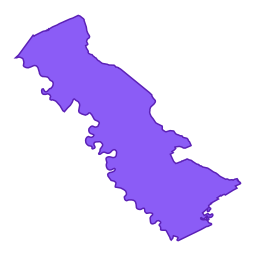 Varfu Campului, Botosani, Romania
{"feature_id": "2599482B97560889775117", "entity_name": "Varfu Campului", "entity_type": "district", "adm_level": 2, "iso_a3": "ROU", "parent_name": "Romania", "parent_adm1": "Botosani", "projection": "natural_earth1", "projection_center": [26.332, 47.846], "detail": "fine", "context": "isolated", "style": "filled", "palette": "violet", "viewbox_px": 256, "rotation_deg": 0, "n_neighbors": 0, "source": "geoboundaries", "source_scale": "gbopen_adm2", "svg_char_len": 5807}
<svg xmlns="http://www.w3.org/2000/svg" viewBox="0 0 256 256"><path d="M207.9,226.4L211.5,224.6L211.5,223.9L211.1,223.5L209.3,223.0L208.6,222.5L207.4,220.6L206.8,220.1L205.7,219.6L203.5,219.8L201.9,219.6L200.7,218.8L200.7,217.9L201.4,217.6L202.7,218.8L203.8,218.8L205.3,217.9L206.6,216.0L207.3,216.0L207.6,216.4L206.7,218.5L207.2,219.5L208.2,220.1L208.9,219.4L208.6,218.0L209.2,217.2L209.5,217.1L210.2,217.4L210.8,217.4L211.7,216.9L212.5,216.1L212.9,215.1L212.6,214.2L212.0,213.9L210.5,214.7L209.9,214.8L208.8,214.5L208.2,213.7L207.7,213.5L204.3,215.4L202.5,212.9L207.8,208.3L207.8,209.0L207.4,209.9L207.4,211.3L207.6,211.5L208.2,211.5L209.3,211.0L209.8,209.9L210.7,209.0L210.7,208.7L210.6,208.3L209.3,207.4L208.6,205.9L208.8,205.4L211.3,203.7L210.8,203.3L218.5,199.0L217.1,197.9L220.7,195.4L221.1,196.0L223.1,194.7L224.5,194.4L225.4,195.0L233.3,190.1L237.0,188.2L235.4,186.0L240.1,183.9L240.5,183.3L240.0,183.1L240.2,182.5L239.7,182.0L239.0,181.8L238.9,181.4L238.3,181.3L238.3,180.6L237.5,180.2L237.8,179.6L237.1,178.7L234.8,179.2L233.1,180.1L232.1,179.7L229.4,180.0L227.4,179.0L226.5,179.0L225.8,179.3L225.4,179.1L220.7,176.7L219.2,175.7L218.2,174.7L216.1,173.1L213.4,171.9L211.0,170.2L207.7,168.1L202.7,167.0L201.1,165.9L200.4,165.9L199.2,165.3L199.2,165.0L198.1,164.3L196.7,164.1L192.9,161.6L192.5,161.6L192.1,160.9L191.1,160.3L188.9,159.8L187.5,159.0L187.0,159.2L186.5,159.1L185.6,159.8L184.3,160.1L182.6,161.0L182.0,160.9L180.9,161.8L179.6,162.1L177.0,163.2L176.4,163.2L175.8,163.5L173.7,161.5L170.3,154.2L173.2,152.7L172.0,151.5L173.9,150.3L175.7,148.5L175.0,147.4L175.0,147.0L179.3,146.4L181.7,147.0L183.4,148.0L185.2,148.1L190.9,145.7L191.1,145.5L190.8,144.7L189.5,141.8L188.6,140.9L187.9,139.3L186.9,138.3L183.5,137.5L182.7,137.0L182.3,136.2L181.8,135.9L180.0,135.7L178.4,134.9L176.4,134.3L175.4,133.4L173.7,131.0L170.1,130.6L166.0,131.8L165.2,131.6L163.2,130.3L162.3,129.4L162.2,129.0L162.3,127.3L162.2,126.1L158.3,124.2L156.2,123.1L155.5,122.4L153.1,118.8L151.1,116.3L149.9,113.6L149.6,112.0L149.9,110.8L149.8,109.7L150.3,108.0L150.9,106.8L153.9,104.1L155.1,102.4L155.4,101.2L155.2,100.4L153.4,98.4L152.2,96.6L151.9,95.9L151.8,94.9L149.3,92.5L121.1,69.5L119.5,68.4L118.9,68.3L118.5,67.7L116.7,67.1L115.7,67.0L115.4,66.4L114.1,65.2L108.9,65.0L107.4,64.3L102.3,63.4L100.3,62.0L99.5,61.2L98.1,60.5L97.1,59.5L96.0,58.0L94.7,57.4L94.1,56.7L93.0,55.9L92.0,54.6L90.8,54.5L88.7,53.4L88.1,52.3L88.3,51.7L88.0,50.7L86.4,48.1L85.6,45.6L87.4,44.8L87.8,44.3L87.6,43.5L86.6,41.8L86.7,40.8L87.4,39.1L89.1,37.9L89.6,36.8L89.5,36.2L89.2,35.5L87.8,33.3L86.8,30.7L86.3,27.1L84.1,20.5L84.1,19.7L83.5,18.8L80.1,16.1L78.2,15.4L72.7,18.1L69.9,19.0L59.3,23.7L57.3,24.9L52.6,26.9L49.3,28.9L49.2,29.3L48.6,28.9L48.2,30.2L47.5,29.9L47.5,30.3L47.0,30.6L46.5,30.3L46.3,30.4L46.2,30.8L45.9,30.9L45.7,30.8L43.1,31.3L35.0,35.4L34.0,36.1L33.1,35.2L18.6,55.0L15.5,57.8L16.7,57.8L18.5,57.1L19.3,57.1L20.7,57.5L22.7,58.5L23.3,59.7L23.9,62.3L23.4,65.7L24.2,66.7L26.2,67.6L28.2,67.8L30.6,67.0L33.8,65.6L34.8,65.5L36.4,65.9L37.2,66.7L38.0,67.8L39.4,72.5L39.5,73.5L40.7,75.5L42.4,76.5L45.7,76.7L47.6,77.1L48.5,77.9L50.1,80.2L52.5,81.5L53.2,83.1L53.0,85.2L52.4,86.6L50.8,88.5L50.4,88.4L49.5,88.8L47.2,91.4L46.0,91.7L45.3,91.6L44.6,91.2L43.3,88.9L42.3,89.0L42.0,89.3L41.6,90.6L41.9,92.8L42.7,93.9L43.5,94.3L45.4,94.4L47.8,93.8L49.4,94.5L50.1,95.3L50.6,96.3L50.6,96.9L50.0,97.9L50.1,99.5L51.4,100.1L52.6,99.8L55.5,100.9L56.8,102.1L60.0,105.7L62.9,110.7L64.4,111.7L67.7,107.8L70.3,105.3L72.1,102.5L73.3,99.5L73.9,99.1L74.5,99.0L75.7,100.2L78.3,101.7L79.5,103.8L79.7,105.2L78.7,110.8L79.0,112.0L79.5,112.7L81.9,114.0L85.4,115.1L87.5,114.3L89.0,112.9L90.0,112.9L91.7,114.7L94.3,119.4L95.2,120.1L97.7,121.1L99.2,122.4L99.3,122.9L99.2,123.6L98.7,124.3L98.1,126.0L97.1,126.7L96.2,127.0L95.0,127.1L92.7,126.1L91.9,126.1L90.7,126.7L89.2,128.4L88.9,129.0L88.8,130.4L89.0,131.5L89.5,132.6L90.6,133.5L93.2,134.5L93.7,134.8L93.9,135.4L93.2,136.5L91.7,137.3L90.7,137.3L88.3,136.5L86.9,137.3L86.0,138.6L85.6,140.2L85.8,142.3L86.2,143.3L87.0,144.4L88.4,145.6L90.9,146.1L91.6,146.4L92.0,147.0L92.0,148.5L92.3,148.8L92.8,148.9L94.5,148.2L95.0,147.4L94.9,146.6L93.9,144.6L94.0,143.3L94.6,142.4L95.9,141.9L99.5,141.7L100.0,141.7L101.0,142.3L102.4,143.9L102.6,144.4L102.6,145.4L102.2,146.3L100.2,149.1L99.9,151.5L98.7,153.5L98.8,154.1L99.2,154.3L100.4,154.1L102.6,152.5L103.5,152.2L104.6,152.2L107.2,153.3L109.0,153.2L110.4,152.4L112.3,150.4L113.7,149.7L114.8,149.7L116.1,150.8L116.4,151.5L116.6,152.5L116.2,155.6L115.3,156.9L114.4,157.4L113.0,157.6L109.8,156.8L108.5,156.8L107.2,157.2L106.1,158.2L106.1,159.6L106.9,162.5L106.3,164.5L106.3,165.9L106.6,167.2L107.4,168.8L108.7,169.7L109.8,170.0L111.4,169.8L114.2,168.4L114.9,168.7L115.2,169.3L114.9,170.2L114.0,171.2L112.1,172.1L109.7,172.6L108.2,173.5L107.7,174.5L108.0,176.1L111.1,180.4L114.0,181.1L115.6,182.2L115.9,182.9L115.9,183.5L115.2,186.4L115.4,187.1L120.7,188.0L123.8,189.6L125.6,191.0L126.4,192.9L126.4,194.6L124.3,196.9L124.3,197.2L124.7,199.2L125.5,200.3L126.7,200.7L128.8,199.9L131.6,199.9L133.6,200.3L134.8,201.1L135.5,202.1L136.1,204.3L136.4,207.5L136.7,208.1L137.4,208.8L138.7,209.3L140.1,209.5L141.0,209.3L143.0,208.3L144.1,208.3L144.5,208.8L144.9,211.7L146.3,213.2L146.8,213.3L150.1,212.8L151.9,213.2L152.5,213.6L152.6,214.0L152.6,214.7L150.8,216.5L150.1,218.0L150.5,222.1L151.1,223.4L152.2,223.9L153.5,223.7L155.3,222.9L156.5,221.3L157.1,220.9L158.6,220.6L159.6,221.1L160.5,221.8L160.7,222.6L160.5,223.2L159.3,224.5L159.2,225.0L159.3,225.5L160.1,226.2L160.5,227.1L160.7,228.1L160.6,229.5L160.8,229.9L161.8,230.2L165.6,230.3L166.2,230.6L169.8,237.3L170.4,239.2L171.2,240.1L172.8,238.2L173.4,235.8L176.7,236.7L177.7,237.2L178.0,237.6L178.0,238.2L177.2,239.4L177.1,240.0L177.3,240.4L178.3,240.6L201.1,229.5L206.6,226.5L207.9,226.4Z" fill="#8b5cf6" stroke="#5b21b6" stroke-width="1.5"/></svg>